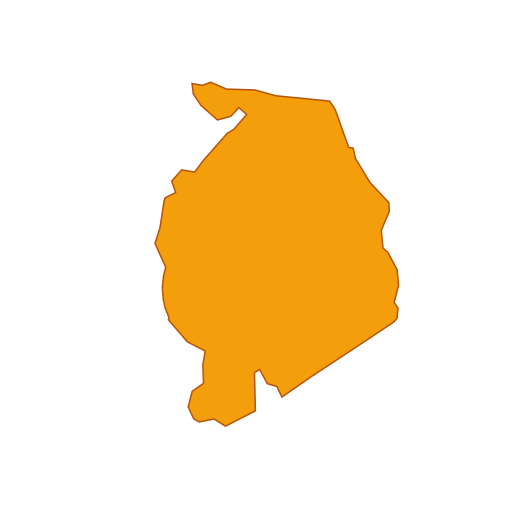 outline of Lexington, South Carolina, United States of America, rotated 215°
{"feature_id": "52423323B37398835360821", "entity_name": "Lexington", "entity_type": "district", "adm_level": 2, "iso_a3": "USA", "parent_name": "United States of America", "parent_adm1": "South Carolina", "projection": "equal_earth", "projection_center": [-81.237, 33.925], "detail": "fine", "context": "isolated", "style": "filled", "palette": "amber", "viewbox_px": 512, "rotation_deg": 215, "n_neighbors": 0, "source": "geoboundaries", "source_scale": "gbopen_adm2", "svg_char_len": 1042}
<svg xmlns="http://www.w3.org/2000/svg" viewBox="0 0 512 512"><g transform="rotate(215 256 256)"><path d="M104.7,285.7L109.7,294.7L116.2,297.2L122.4,313.7L132.5,325.7L150.0,334.6L156.6,335.4L168.1,348.9L172.4,369.0L177.8,375.9L204.8,381.6L230.4,392.9L238.3,400.1L239.7,399.3L242.5,398.2L275.1,421.4L284.5,425.1L331.6,398.7L345.6,393.7L352.1,391.4L375.9,375.8L392.9,372.3L397.6,365.2L407.3,360.5L400.3,352.8L387.6,347.8L365.6,345.3L356.8,356.0L355.2,367.7L344.8,366.6L346.8,347.0L349.9,340.2L354.0,303.6L354.4,289.6L366.3,283.9L368.0,269.0L358.2,261.9L363.8,251.6L363.8,251.4L363.0,248.7L350.6,223.5L346.0,208.4L323.5,195.0L320.3,186.6L315.2,177.4L313.4,174.9L306.9,167.1L300.7,161.4L291.9,155.6L291.2,153.5L284.9,151.9L262.9,146.3L243.1,149.0L237.2,136.5L226.2,121.9L226.3,120.5L230.7,108.7L225.0,93.5L213.6,86.9L207.3,87.5L196.9,98.4L183.4,99.1L167.7,128.8L190.4,159.7L187.8,165.1L173.5,157.9L164.1,161.1L153.9,155.3L151.4,162.0L141.8,188.2L121.9,238.4L105.3,280.9L104.7,285.7Z" fill="#f59e0b" stroke="#b45309" stroke-width="1.5"/></g></svg>